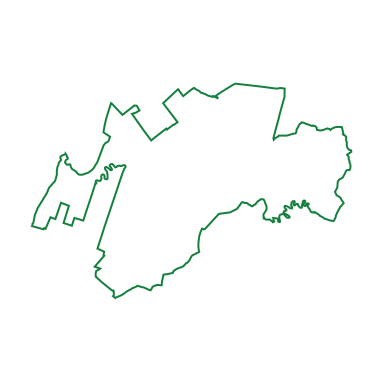 Turulung, Satu Mare, Romania, rotated 9°
{"feature_id": "2599482B56288679911184", "entity_name": "Turulung", "entity_type": "district", "adm_level": 2, "iso_a3": "ROU", "parent_name": "Romania", "parent_adm1": "Satu Mare", "projection": "orthographic", "projection_center": [23.099, 47.923], "detail": "fine", "context": "isolated", "style": "outline", "palette": "green", "viewbox_px": 384, "rotation_deg": 9, "n_neighbors": 0, "source": "geoboundaries", "source_scale": "gbopen_adm2", "svg_char_len": 6053}
<svg xmlns="http://www.w3.org/2000/svg" viewBox="0 0 384 384"><g transform="rotate(9 192 192)"><path d="M130.2,307.2L132.8,308.7L133.0,308.3L137.2,305.8L139.5,304.1L144.0,299.7L146.7,297.8L148.4,296.1L149.6,295.6L152.0,294.0L152.5,293.3L153.3,293.1L155.7,293.6L159.7,293.9L163.8,295.1L166.5,295.6L167.9,291.9L170.0,290.2L171.6,289.8L171.7,289.4L172.0,289.2L176.6,288.9L176.4,284.2L176.8,278.0L180.6,277.0L185.8,274.8L186.0,273.0L189.1,270.2L192.4,268.3L193.3,268.0L195.0,266.7L196.4,264.8L197.4,263.1L198.5,262.6L200.1,259.9L201.6,255.5L201.9,255.0L202.6,254.3L208.5,250.1L208.1,249.5L206.7,244.4L206.2,239.2L206.1,233.9L206.5,232.2L206.7,230.0L207.6,227.2L207.5,226.7L207.9,226.5L209.6,227.0L210.4,226.8L222.0,209.4L232.9,206.1L239.0,201.7L241.0,198.1L242.8,194.4L244.1,194.1L244.7,194.4L246.0,194.6L247.6,194.3L248.4,194.5L250.2,195.6L251.4,195.8L252.4,196.5L253.8,196.7L254.4,196.3L255.0,195.2L256.6,194.2L257.0,193.6L257.2,192.8L258.4,191.0L261.3,188.3L263.8,188.1L265.0,189.4L265.4,190.4L268.0,194.8L268.3,197.8L267.1,200.8L266.2,202.5L266.2,203.5L266.3,204.5L266.9,206.6L267.4,206.1L268.2,207.2L269.3,207.6L270.7,207.6L272.0,207.1L273.3,207.1L274.0,207.5L274.3,207.9L276.0,208.4L276.5,209.2L277.8,208.4L276.8,206.6L276.7,205.8L276.3,205.0L280.2,204.8L281.1,205.1L281.8,207.6L282.3,208.0L283.3,208.0L283.6,207.7L283.5,207.1L283.0,205.7L282.5,204.8L282.1,203.4L282.1,202.2L282.3,201.3L282.7,200.6L285.0,199.6L285.7,199.5L286.5,199.9L288.5,201.6L289.7,202.4L290.6,202.5L291.9,202.3L292.3,201.8L292.3,201.2L291.3,200.5L291.1,200.2L286.2,198.5L285.6,197.8L285.5,197.6L285.7,196.8L287.6,195.9L288.0,195.3L288.1,194.8L287.4,194.2L286.6,193.8L286.0,193.0L285.7,192.1L285.7,191.6L285.9,191.3L287.0,191.1L289.0,191.5L291.8,192.7L292.6,192.5L293.0,192.1L293.3,192.3L293.4,191.9L292.2,189.9L291.9,189.0L292.1,186.7L292.9,185.4L294.5,185.0L295.0,185.6L295.1,186.0L294.5,187.0L294.3,188.2L294.6,189.0L294.8,189.2L295.2,189.3L295.7,189.0L297.1,187.4L297.9,187.3L298.4,187.4L298.8,188.3L299.5,189.2L301.0,190.4L302.0,190.6L302.7,190.3L303.0,189.2L302.7,188.4L302.7,186.6L303.1,185.5L303.0,184.0L303.2,183.6L303.9,182.9L304.7,182.9L305.3,183.2L305.3,184.0L305.1,184.7L303.8,186.8L304.0,187.3L305.2,188.2L305.8,188.1L306.2,187.9L306.7,186.3L307.2,185.5L307.5,185.2L308.7,185.2L309.1,185.4L309.2,185.5L309.2,186.0L308.2,186.8L308.0,187.4L309.8,189.7L310.6,190.3L312.7,193.1L314.0,193.4L315.6,192.8L316.0,193.3L316.8,192.7L321.4,194.9L322.0,195.5L325.3,196.6L326.7,197.5L332.9,198.5L336.2,198.6L337.0,197.6L337.1,196.5L337.6,195.2L337.9,193.8L337.8,192.7L338.5,190.4L338.5,189.9L339.0,188.7L339.9,185.9L340.5,184.6L340.6,183.6L341.3,182.9L342.2,181.3L343.5,179.6L343.4,179.0L343.0,178.5L341.2,176.7L339.6,174.6L338.8,174.0L335.4,172.6L333.5,170.0L333.3,169.2L334.8,165.0L334.4,158.7L335.6,156.6L338.6,154.2L340.4,149.1L340.6,147.9L340.8,147.3L341.7,146.1L344.1,145.7L344.6,144.5L344.5,141.5L343.9,139.6L343.1,138.5L342.7,136.8L341.7,135.1L341.4,134.1L341.4,133.1L341.1,132.6L339.4,130.9L343.1,127.4L342.6,126.0L341.1,125.8L340.1,125.5L338.5,123.8L337.6,122.1L337.1,118.5L336.2,117.1L336.0,116.3L335.7,113.5L334.3,112.3L332.5,111.8L332.3,111.6L332.7,111.5L329.9,104.5L327.0,104.7L324.6,105.1L322.6,106.0L320.5,107.4L319.6,108.2L319.1,109.1L317.9,108.3L315.4,108.1L311.6,110.4L310.3,110.7L309.4,111.2L305.8,111.1L305.4,110.5L305.3,109.8L305.0,109.0L304.6,108.4L302.7,107.5L302.0,107.5L301.3,107.8L300.9,107.5L299.9,108.0L297.5,107.4L295.9,107.2L291.1,106.1L289.5,106.0L288.8,107.2L287.7,108.0L287.5,108.5L286.4,111.8L285.7,113.4L285.5,114.1L285.7,115.8L285.3,117.6L285.1,117.9L282.9,118.6L280.2,119.8L279.5,120.3L276.6,121.5L269.1,122.7L268.6,123.0L268.5,123.7L265.8,125.7L264.6,127.6L264.0,126.1L265.0,115.7L266.1,106.2L266.4,101.7L268.5,83.3L267.5,77.0L267.4,75.4L265.4,75.3L262.7,75.5L260.6,76.4L258.6,76.7L244.2,77.1L217.9,78.2L216.4,79.2L206.3,87.8L200.2,93.5L201.8,94.3L203.3,95.6L197.8,93.9L197.6,94.8L195.0,94.6L192.6,94.3L191.2,93.7L187.6,92.8L185.7,92.7L183.2,91.1L179.2,89.7L177.8,88.8L174.8,91.5L168.3,98.7L162.2,92.7L160.2,95.1L149.6,108.8L166.8,125.3L163.7,128.4L163.0,128.5L157.5,134.3L156.7,133.4L146.5,144.2L143.7,147.5L135.6,139.7L120.5,124.2L124.3,122.3L127.4,119.7L123.9,115.4L121.5,115.6L111.3,126.7L99.2,117.5L98.1,116.9L95.9,132.0L95.3,139.3L95.2,146.9L102.4,150.2L101.6,154.9L98.7,157.5L97.4,159.8L93.8,177.5L92.5,180.3L91.3,183.4L90.4,185.0L88.7,187.1L87.3,188.5L86.2,189.3L81.0,192.1L78.4,192.5L77.2,192.3L76.1,191.7L74.7,190.3L73.4,189.5L70.0,188.1L68.5,186.4L67.5,184.0L67.1,183.8L66.5,183.8L65.2,184.5L64.0,184.5L62.1,182.9L62.0,181.8L62.5,180.1L63.8,179.1L64.1,178.4L63.9,177.5L62.9,176.7L62.3,175.3L61.1,174.0L61.1,174.3L57.7,176.5L56.7,177.6L56.5,178.9L57.7,180.8L55.8,184.0L55.9,185.7L55.4,187.1L55.2,188.5L55.2,192.5L55.8,195.9L55.1,202.4L50.1,210.2L48.8,215.9L42.1,232.0L40.4,239.4L40.1,247.5L39.4,248.4L39.5,250.5L39.4,250.7L51.1,252.1L51.7,250.8L53.1,251.3L56.2,239.1L61.3,240.1L64.3,223.1L72.6,224.9L70.0,242.7L78.6,244.1L79.9,236.0L89.1,237.2L91.1,224.4L92.5,216.4L95.3,198.4L96.1,198.6L96.2,198.4L96.1,197.7L95.5,197.4L95.3,196.8L95.3,196.3L95.4,195.8L96.6,195.3L98.6,195.6L99.3,195.5L99.8,195.1L100.4,193.4L100.4,192.8L99.9,191.0L99.9,190.5L100.1,189.7L100.6,188.8L101.0,188.6L102.3,188.8L102.7,189.2L103.3,190.4L103.3,191.7L103.7,192.4L105.4,192.9L106.4,192.3L106.3,190.2L105.6,187.3L104.7,185.1L102.8,183.2L102.5,182.7L102.2,182.0L102.3,181.4L102.8,180.9L103.7,180.7L105.9,181.7L108.0,183.1L108.7,183.1L109.3,182.8L109.4,182.3L109.1,181.7L108.7,181.0L106.6,179.1L106.6,178.3L107.5,177.2L108.7,176.8L110.0,177.5L112.2,179.6L112.6,179.6L113.3,179.2L114.4,178.0L115.1,177.6L116.4,177.3L118.0,177.5L120.3,176.1L121.6,176.2L122.2,176.7L122.4,177.2L122.4,177.9L121.5,179.7L120.5,183.7L111.0,240.2L107.5,262.7L114.6,264.7L114.5,268.7L115.2,268.8L107.6,281.0L113.3,282.0L112.3,283.1L110.0,284.8L109.7,285.2L109.6,286.9L109.7,288.5L110.1,290.1L110.5,290.4L110.4,290.8L116.9,295.1L126.1,300.4L129.0,302.0L129.6,301.5L129.8,301.6L130.4,303.1L130.9,305.4L130.8,306.4L130.2,307.2Z" fill="none" stroke="#15803d" stroke-width="2"/></g></svg>